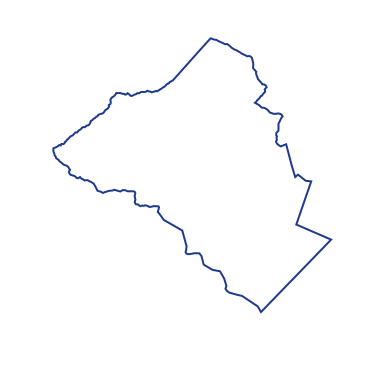 Curimatá, Piauí, Brazil (Mercator projection), rotated 339°
{"feature_id": "56859067B38389486255432", "entity_name": "Curimatá", "entity_type": "district", "adm_level": 2, "iso_a3": "BRA", "parent_name": "Brazil", "parent_adm1": "Piauí", "projection": "mercator", "projection_center": [-44.372, -9.975], "detail": "fine", "context": "isolated", "style": "outline", "palette": "blue", "viewbox_px": 384, "rotation_deg": 339, "n_neighbors": 0, "source": "geoboundaries", "source_scale": "gbopen_adm2", "svg_char_len": 3154}
<svg xmlns="http://www.w3.org/2000/svg" viewBox="0 0 384 384"><g transform="rotate(339 192 192)"><path d="M307.1,224.8L302.2,222.3L297.2,213.8L295.0,214.5L293.7,215.0L294.6,203.0L297.0,181.2L291.1,181.2L289.7,179.3L288.6,177.1L288.5,175.0L289.9,173.8L290.3,171.8L291.3,170.5L291.0,169.0L291.9,167.1L294.7,165.7L297.4,158.9L298.8,157.9L301.2,155.5L302.4,154.6L303.7,153.9L303.2,151.5L300.8,149.6L297.1,148.7L295.9,148.0L293.1,145.6L292.1,142.5L290.2,139.8L287.2,138.0L285.7,134.8L282.8,131.3L284.2,130.8L286.1,129.6L288.2,128.8L290.6,127.2L291.9,127.1L293.0,126.2L296.2,124.6L296.7,122.2L299.2,120.9L299.0,119.0L297.8,117.3L296.3,116.8L296.0,115.2L294.0,110.2L294.2,108.2L294.1,106.6L294.3,103.9L295.1,102.9L293.7,99.1L293.5,97.6L294.9,95.1L295.4,93.1L296.0,88.3L295.2,86.4L294.2,85.6L292.0,85.0L291.1,83.7L288.1,80.8L287.0,79.0L284.2,75.5L282.4,73.9L280.5,71.2L279.8,69.5L277.9,66.5L275.9,65.9L272.9,62.7L270.7,60.6L269.4,58.8L267.4,57.7L264.4,55.2L250.3,62.3L214.3,80.9L212.3,81.2L210.5,81.4L209.3,82.3L207.7,82.1L205.5,83.2L204.0,83.8L202.6,83.9L201.1,84.4L199.0,84.8L195.7,85.5L194.5,84.7L193.1,84.8L191.6,84.6L190.0,84.5L189.2,83.4L187.6,82.5L186.7,81.5L185.3,81.8L183.4,81.7L181.4,80.7L179.9,80.4L178.0,80.9L176.3,80.1L175.1,80.6L172.8,80.5L171.1,80.8L169.5,80.5L168.8,79.4L168.1,77.9L167.3,76.7L165.9,77.3L164.4,77.1L163.6,76.0L162.3,75.4L160.3,73.7L158.7,73.3L156.8,72.5L155.2,73.8L153.4,74.6L151.3,75.0L149.9,75.8L148.7,76.9L148.4,79.0L147.5,80.5L145.4,81.1L145.2,82.6L143.5,83.8L142.2,84.2L140.3,84.5L138.4,86.0L136.9,86.6L135.1,86.4L132.3,86.4L131.0,87.3L129.1,87.6L127.7,88.3L126.3,88.4L124.8,89.2L123.0,89.4L122.0,90.7L120.2,92.3L119.0,92.6L117.3,92.2L115.3,93.1L113.0,92.3L110.6,93.6L107.9,94.1L106.2,95.2L104.6,94.6L102.2,95.8L100.5,96.5L99.2,96.4L97.0,97.2L95.7,98.0L94.2,98.4L92.8,99.4L91.4,99.8L90.4,100.8L89.2,101.2L87.3,100.4L86.1,101.5L84.9,100.6L82.6,101.3L80.7,101.5L78.3,101.5L77.5,103.3L77.2,104.8L77.2,107.2L76.9,108.8L77.4,110.0L77.3,111.8L79.0,114.2L79.2,115.6L80.5,117.6L81.1,118.8L82.0,120.6L84.2,122.3L85.4,124.2L85.6,125.5L86.1,127.6L84.8,128.4L84.2,129.9L84.3,131.2L84.9,132.5L86.2,133.5L88.1,135.0L89.5,137.7L90.8,138.4L92.8,137.9L93.6,139.9L94.8,141.1L96.0,142.8L97.5,143.1L98.9,143.6L100.1,145.3L101.7,146.7L103.3,149.2L103.8,152.8L104.2,156.9L107.2,159.3L108.4,160.9L110.7,160.9L115.1,161.2L118.0,162.1L120.4,162.1L124.4,165.3L125.5,165.9L127.9,165.4L130.3,166.4L132.1,168.2L133.9,168.9L135.5,169.5L138.0,170.6L138.7,171.6L138.6,173.0L137.0,175.1L136.5,178.7L134.8,181.1L135.2,183.3L137.0,184.2L137.7,185.4L138.6,186.7L140.6,186.8L142.0,187.6L143.5,187.6L145.6,189.1L146.6,190.5L148.1,191.1L151.5,191.5L152.7,192.2L155.0,193.0L155.8,194.2L154.6,196.2L152.9,198.4L153.5,199.7L155.6,207.9L169.1,224.5L167.5,240.7L165.6,244.3L164.5,245.7L164.6,247.4L165.9,248.5L167.6,249.2L172.2,250.0L176.9,251.9L177.9,255.3L176.9,264.0L183.2,272.0L189.7,276.0L191.0,284.4L190.5,291.9L188.6,294.3L189.1,296.9L190.9,299.4L197.4,304.2L201.4,306.9L212.4,322.4L213.4,328.8L249.3,312.1L259.1,307.6L304.8,286.3L298.3,279.9L290.7,272.5L280.5,262.5L277.7,259.8L287.5,248.1L307.1,224.8Z" fill="none" stroke="#1e3a8a" stroke-width="2"/></g></svg>